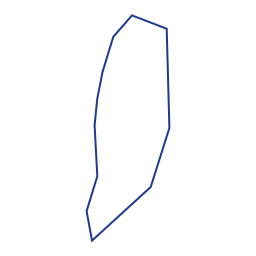 the district of Thermeia, Cyprus
{"feature_id": "46923920B3571581876318", "entity_name": "Thermeia", "entity_type": "district", "adm_level": 2, "iso_a3": "CYP", "parent_name": "Cyprus", "parent_adm1": "", "projection": "orthographic", "projection_center": [33.331, 35.326], "detail": "fine", "context": "isolated", "style": "outline", "palette": "blue", "viewbox_px": 256, "rotation_deg": 0, "n_neighbors": 0, "source": "geoboundaries", "source_scale": "gbopen_adm2", "svg_char_len": 260}
<svg xmlns="http://www.w3.org/2000/svg" viewBox="0 0 256 256"><path d="M166.7,28.8L132.0,15.4L113.3,36.8L102.6,71.7L97.3,98.5L94.6,125.3L97.3,176.3L86.6,211.1L92.0,240.6L150.7,187.0L169.4,128.0L166.7,28.8Z" fill="none" stroke="#1e3a8a" stroke-width="2"/></svg>